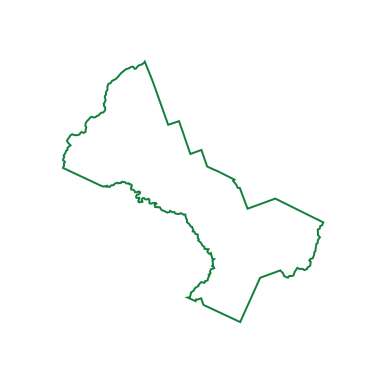 Fresno, California, United States of America, rotated 250°
{"feature_id": "52423323B20293708991619", "entity_name": "Fresno", "entity_type": "district", "adm_level": 2, "iso_a3": "USA", "parent_name": "United States of America", "parent_adm1": "California", "projection": "natural_earth1", "projection_center": [-119.494, 36.746], "detail": "fine", "context": "isolated", "style": "outline", "palette": "green", "viewbox_px": 384, "rotation_deg": 250, "n_neighbors": 0, "source": "geoboundaries", "source_scale": "gbopen_adm2", "svg_char_len": 4214}
<svg xmlns="http://www.w3.org/2000/svg" viewBox="0 0 384 384"><g transform="rotate(250 192 192)"><path d="M79.1,256.5L78.8,258.7L82.1,261.5L84.7,265.1L83.5,265.9L81.7,269.9L80.2,270.8L80.3,273.9L81.5,274.7L82.3,277.9L85.9,279.7L87.5,278.8L88.6,280.4L88.4,282.8L91.2,285.3L93.5,286.3L94.0,287.5L100.7,291.1L100.9,292.4L103.9,294.0L105.7,296.7L108.4,295.7L113.6,297.3L114.0,299.5L116.2,301.0L116.2,302.8L118.5,305.0L157.3,268.0L157.3,238.5L179.5,238.3L180.3,236.4L184.1,236.0L188.5,234.4L189.1,236.1L199.2,226.6L202.1,223.9L208.2,217.5L210.8,215.0L228.3,215.2L228.3,203.5L242.4,203.7L251.8,203.9L263.0,204.0L263.3,192.6L309.6,192.9L330.7,192.2L330.5,191.9L330.0,191.8L329.7,191.0L329.3,189.4L329.0,187.6L329.0,186.3L329.2,185.1L328.8,184.3L328.1,183.0L327.3,181.9L327.3,180.3L328.3,180.1L330.0,179.4L330.4,177.3L330.0,175.8L329.8,174.4L330.0,171.9L329.0,169.0L327.8,165.7L325.9,162.5L324.2,158.9L324.0,156.8L323.7,154.8L322.2,152.8L322.2,150.5L320.3,148.7L317.0,147.5L315.2,145.2L313.0,144.6L312.0,143.0L310.6,142.4L308.2,142.4L306.7,141.3L305.9,140.3L305.7,139.9L305.2,139.3L304.7,139.4L303.7,138.9L302.7,138.8L301.5,139.3L299.6,139.0L297.9,137.5L297.1,135.8L297.6,133.9L296.8,131.9L295.9,130.4L296.0,128.8L295.3,126.9L295.8,124.7L297.1,123.2L296.5,121.4L295.4,119.4L294.4,117.4L293.0,115.6L290.6,114.4L288.8,114.8L287.1,113.5L285.0,112.6L284.5,110.5L286.1,108.8L285.8,107.6L284.5,105.9L284.8,102.9L285.8,100.8L287.2,99.2L286.9,97.2L286.0,96.2L285.5,95.5L283.1,92.1L281.1,92.2L277.4,93.8L276.2,90.3L274.0,89.2L273.8,87.8L271.9,86.3L270.1,83.8L268.8,84.0L266.3,81.7L263.7,82.9L262.8,81.5L260.9,81.0L258.8,79.0L255.9,81.9L248.8,88.9L245.4,92.3L238.8,98.9L234.1,103.6L230.2,107.4L228.9,108.8L227.4,110.5L227.4,111.6L227.0,112.4L226.3,113.2L226.8,113.5L227.0,114.2L226.7,114.6L226.4,114.6L226.0,114.8L225.7,115.1L225.0,115.7L225.1,116.9L225.4,117.1L225.6,117.7L225.8,118.4L225.8,118.8L225.7,119.2L225.5,119.7L225.4,120.2L225.3,120.8L225.5,121.1L225.9,121.6L226.1,122.1L226.1,122.5L226.2,123.1L226.4,123.6L226.4,124.3L226.2,125.0L225.5,125.4L225.3,126.1L225.3,126.4L225.2,127.0L225.1,127.7L224.8,128.1L224.7,128.3L224.9,128.6L225.3,128.8L225.5,129.7L225.5,130.2L225.1,130.5L224.7,130.9L224.6,131.3L224.5,131.6L224.4,132.0L224.1,132.4L223.7,132.6L223.2,132.8L222.8,133.0L222.5,133.2L222.2,133.7L222.2,134.4L222.2,135.0L221.8,135.4L221.4,135.6L220.8,135.7L220.6,136.0L220.7,136.5L220.3,136.9L219.8,137.1L219.5,137.6L218.9,137.7L217.7,137.2L217.2,136.3L216.3,135.8L215.0,135.8L214.4,137.4L212.9,138.4L212.1,138.4L211.8,138.3L211.5,138.3L211.1,138.8L210.8,140.0L210.5,141.0L210.7,141.4L210.8,141.8L210.5,142.3L210.0,143.0L209.0,143.0L208.2,141.8L207.9,141.0L208.0,140.3L208.3,139.6L208.2,139.1L207.5,138.4L206.7,137.9L205.9,137.7L205.2,138.2L204.9,139.3L204.6,140.2L204.6,140.5L204.1,140.4L203.8,140.2L203.1,139.8L202.5,139.0L201.6,138.3L200.8,138.5L200.3,138.9L200.3,139.7L200.2,140.6L199.9,141.5L199.7,141.9L200.2,142.2L200.9,142.3L201.5,142.1L202.3,142.6L202.7,143.0L203.1,143.6L203.0,144.1L202.7,144.8L202.2,145.0L201.8,145.2L201.3,145.4L200.9,145.8L200.7,146.4L200.6,147.0L200.3,147.8L200.6,148.4L200.5,148.8L200.0,149.2L199.6,149.2L198.1,149.0L197.1,148.5L196.0,148.2L195.2,149.2L195.1,150.3L194.8,152.5L194.1,154.2L193.3,154.6L192.8,153.8L192.7,152.6L190.6,152.2L189.9,153.4L188.6,156.6L185.5,157.2L184.9,157.8L184.1,158.9L181.1,161.8L180.9,164.1L181.8,165.0L179.8,166.5L179.1,168.6L177.6,168.8L175.8,171.9L175.9,174.4L173.6,176.3L173.1,178.0L170.6,177.5L167.0,177.7L165.4,176.9L162.8,178.5L160.3,178.9L159.1,180.2L157.4,180.0L156.6,180.4L154.7,179.2L154.0,180.6L151.5,180.9L149.9,182.8L146.7,181.7L145.3,182.2L144.3,181.3L141.6,182.9L138.1,183.5L136.1,184.9L134.3,184.3L132.5,187.9L131.0,186.1L129.4,186.3L127.6,187.6L128.1,188.8L122.0,188.3L121.4,189.7L120.4,187.8L116.6,186.9L115.1,185.0L115.6,186.6L112.8,186.8L112.9,183.3L110.8,181.5L109.5,181.7L108.5,179.4L107.7,179.9L105.9,177.9L103.5,176.3L103.8,173.9L102.4,172.7L104.2,169.8L102.3,166.2L101.5,166.0L100.6,161.7L98.9,160.2L97.9,156.8L93.9,154.1L94.3,151.8L88.2,158.0L89.6,159.0L89.0,160.3L89.0,164.2L81.9,164.2L53.3,192.8L88.1,226.7L88.1,248.2L84.4,249.8L81.3,249.9L78.7,252.8L79.8,254.7L79.1,256.5Z" fill="none" stroke="#15803d" stroke-width="2"/></g></svg>